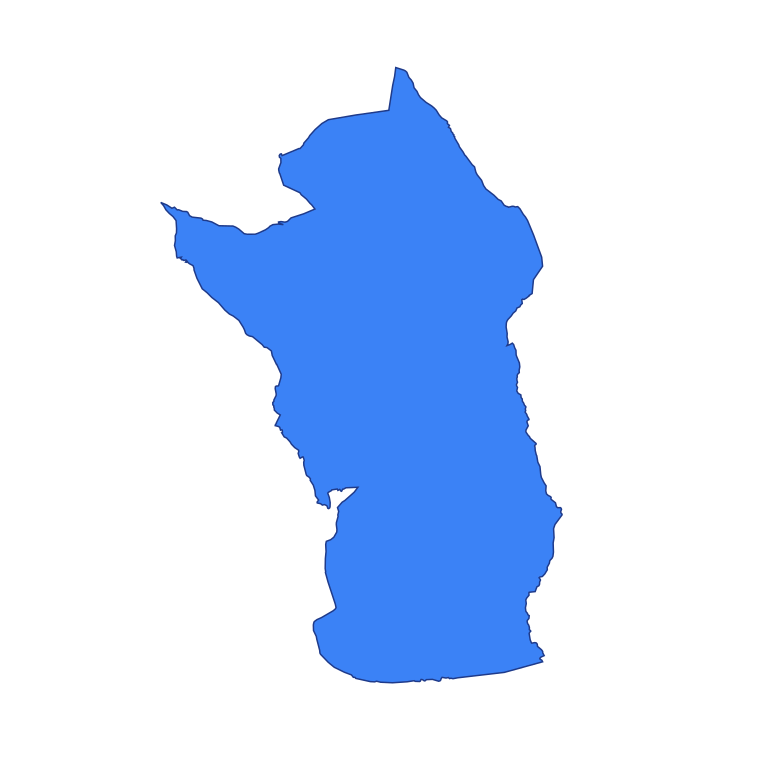 outline of Roesti, Vâlcea, Romania, rotated 348°
{"feature_id": "2599482B88399250652350", "entity_name": "Roesti", "entity_type": "district", "adm_level": 2, "iso_a3": "ROU", "parent_name": "Romania", "parent_adm1": "Vâlcea", "projection": "albers", "projection_center": [24.073, 44.917], "detail": "fine", "context": "isolated", "style": "filled", "palette": "blue", "viewbox_px": 768, "rotation_deg": 348, "n_neighbors": 0, "source": "geoboundaries", "source_scale": "gbopen_adm2", "svg_char_len": 6162}
<svg xmlns="http://www.w3.org/2000/svg" viewBox="0 0 768 768"><g transform="rotate(348 384 384)"><path d="M481.4,688.7L481.0,687.1L479.2,685.2L479.7,684.4L481.0,683.7L484.2,683.0L483.4,680.1L483.6,678.5L482.8,676.7L479.6,672.6L479.8,670.3L479.2,669.0L477.8,668.3L474.7,668.2L474.4,667.9L473.8,664.6L474.1,658.2L474.8,657.2L476.1,656.4L476.1,655.8L475.1,654.5L475.6,652.3L475.4,649.9L474.7,648.3L474.6,646.2L475.0,645.1L477.0,643.5L477.9,640.8L476.8,639.6L476.6,638.1L475.5,635.9L475.8,632.3L477.5,628.4L477.8,624.7L479.1,623.0L481.9,620.8L482.3,618.5L482.7,617.9L488.7,618.5L491.4,614.2L493.6,613.5L494.5,612.2L495.1,609.9L496.2,608.5L496.3,607.8L495.4,605.8L496.3,605.2L498.9,605.2L501.8,603.2L505.1,599.7L505.5,597.2L508.4,593.8L509.5,591.2L512.1,589.4L513.4,587.7L514.8,583.7L516.4,574.7L518.4,569.7L519.8,560.8L522.0,557.0L530.9,549.1L531.1,548.3L530.3,547.0L530.3,545.7L531.6,543.4L531.3,542.1L530.8,541.6L528.2,541.1L527.2,539.9L527.0,535.8L523.6,531.7L523.4,531.1L523.9,529.6L523.5,528.8L521.4,527.1L520.1,525.3L520.0,522.2L521.4,517.3L520.1,514.0L518.5,508.1L518.5,505.1L519.4,497.2L518.2,492.4L518.5,485.9L518.2,484.8L518.1,480.6L518.6,476.9L518.4,476.0L518.9,475.2L520.1,474.7L520.4,473.8L515.8,467.6L515.3,465.6L514.4,464.3L513.0,460.9L512.9,459.7L513.5,458.3L516.4,454.9L515.9,450.9L516.1,450.3L516.9,449.4L518.4,449.0L518.5,448.5L517.4,444.9L517.3,443.4L516.2,440.8L517.1,439.4L517.0,437.8L517.9,436.3L518.0,435.5L517.0,434.0L516.6,431.5L515.8,429.7L516.1,427.3L515.3,425.8L515.6,423.1L513.3,421.0L512.4,418.4L513.9,415.1L513.3,413.4L513.5,411.9L515.0,410.0L514.8,408.3L515.1,406.0L515.9,404.8L516.0,403.4L516.8,402.2L518.7,401.0L519.0,398.8L520.4,395.5L520.8,391.5L519.5,384.7L519.3,383.0L520.1,378.4L519.4,376.0L519.0,372.3L518.0,370.7L515.4,371.6L512.3,372.0L513.5,370.6L514.2,368.5L514.1,363.6L515.0,360.2L515.3,353.7L516.3,350.0L517.0,348.5L518.6,346.7L522.6,343.9L525.0,341.6L528.1,339.9L529.9,337.3L532.9,336.7L534.1,335.2L536.0,334.0L536.3,330.2L537.2,329.8L538.5,330.4L541.0,329.6L544.5,327.9L544.4,327.5L547.7,326.3L551.9,313.0L563.6,301.8L564.6,292.7L561.3,269.4L558.4,253.9L557.1,250.1L555.5,247.0L553.4,240.9L551.7,238.3L549.1,238.1L547.9,237.2L546.2,236.8L542.4,237.0L542.0,236.3L540.6,235.7L538.7,234.1L536.7,229.3L534.0,227.1L530.8,222.2L524.2,214.4L522.7,210.6L521.8,205.1L518.7,198.8L517.9,196.0L517.7,190.4L515.8,187.8L511.5,178.2L510.6,176.9L509.6,173.5L507.1,167.8L506.8,165.5L504.4,158.4L504.3,157.6L504.6,156.9L503.8,155.9L504.2,154.9L503.4,153.8L503.4,152.8L502.3,151.0L502.1,147.9L500.4,146.3L501.8,144.6L500.1,142.5L500.6,140.8L500.1,139.7L495.8,135.7L493.9,132.3L492.0,127.0L490.3,124.3L488.4,121.9L483.7,117.3L479.2,111.4L477.9,108.3L477.1,104.6L475.0,100.5L475.0,95.7L473.9,92.4L472.1,89.3L471.2,83.9L470.1,82.3L468.7,81.1L461.3,76.9L458.3,85.4L454.6,93.7L445.6,117.3L412.2,115.0L384.5,113.9L377.4,116.3L369.5,120.8L363.1,125.5L361.3,127.5L355.8,131.6L354.8,133.4L350.9,136.2L349.7,136.0L331.8,139.4L331.5,137.6L330.4,137.5L329.5,138.2L329.0,138.8L328.9,140.5L330.0,141.8L329.2,146.0L325.7,151.6L325.5,152.8L325.5,155.8L325.8,156.4L327.2,168.7L341.5,179.4L342.4,181.7L346.6,187.0L349.2,191.9L350.5,193.7L352.8,198.5L341.0,200.8L327.6,202.2L323.4,204.9L320.8,205.1L317.0,203.7L314.5,203.6L314.4,204.5L318.7,207.2L313.8,205.6L308.5,205.0L305.1,206.0L303.8,207.0L300.2,208.5L292.3,210.3L289.2,210.7L281.4,209.1L278.5,207.9L274.2,202.3L271.6,199.8L269.1,198.1L255.5,194.9L249.3,189.7L244.2,187.1L241.1,186.2L240.8,184.9L239.5,183.7L231.1,180.9L228.8,178.9L227.8,175.3L226.8,174.3L223.0,173.3L219.4,170.9L217.9,170.7L215.8,167.5L213.1,168.0L208.8,163.7L203.4,160.0L205.5,163.8L206.9,168.3L209.5,172.6L212.4,176.3L214.6,180.9L213.4,189.0L212.4,193.1L210.6,195.7L209.7,200.5L207.9,204.9L208.3,211.5L207.7,215.9L207.9,217.7L212.1,217.8L211.0,218.9L211.5,219.3L211.8,220.3L212.4,220.7L213.0,220.5L213.8,221.5L216.1,221.5L216.4,222.4L215.2,223.5L216.0,223.9L217.2,223.4L217.2,224.0L218.7,225.9L221.8,228.5L222.2,231.3L221.9,233.0L223.0,241.6L226.0,253.1L229.9,257.9L233.6,263.6L239.0,270.0L243.7,278.6L247.3,283.4L250.7,286.2L255.3,291.6L258.0,299.0L258.7,301.7L259.2,305.6L260.1,307.2L262.2,309.0L265.2,310.3L273.0,320.1L274.5,323.1L277.1,324.0L280.7,328.2L280.6,332.9L282.9,342.5L283.2,342.5L285.5,353.1L284.4,356.5L280.7,363.4L280.1,363.9L278.1,363.6L277.2,364.1L276.6,366.0L276.5,371.2L276.1,372.8L273.0,376.7L272.6,378.2L271.4,378.9L271.0,380.8L271.0,381.4L271.6,382.3L271.4,383.9L271.6,385.3L271.3,386.7L273.5,390.2L276.1,392.7L270.5,399.8L270.5,400.4L269.5,400.9L268.9,402.1L271.9,403.6L273.0,404.7L273.2,407.6L274.6,407.5L274.9,408.4L274.5,410.5L273.8,410.5L275.4,415.0L277.5,416.6L280.0,420.9L281.0,423.7L283.4,427.6L286.7,431.0L286.6,432.2L285.6,434.1L286.0,437.9L286.5,439.2L289.0,438.4L289.6,438.4L289.8,438.9L290.1,442.1L289.2,443.8L288.7,446.9L289.1,456.3L289.4,457.5L291.3,459.5L292.3,461.4L291.8,462.9L293.8,468.2L294.3,473.7L293.7,479.2L295.9,483.9L294.0,485.6L294.0,486.5L297.1,487.9L298.5,489.6L300.7,489.6L301.9,490.4L302.9,491.4L303.2,493.9L304.0,494.4L305.1,493.9L305.7,492.9L306.7,488.8L306.9,483.5L306.3,479.1L307.0,478.4L310.5,477.3L310.9,476.7L316.4,477.0L316.8,478.5L318.8,477.9L319.5,479.7L320.2,480.1L321.7,478.3L322.7,478.4L325.2,477.6L337.0,479.6L332.4,483.6L321.5,489.8L318.5,490.9L312.8,495.2L313.2,499.2L311.6,502.5L311.6,503.9L308.6,509.7L308.1,511.7L307.7,516.6L307.0,519.0L303.1,523.4L299.5,525.2L294.9,525.9L294.4,526.9L293.6,528.9L292.5,535.8L290.4,542.4L288.1,552.3L287.9,555.5L287.5,556.2L288.1,566.1L290.6,589.2L290.6,592.8L289.5,594.0L287.0,595.3L274.2,599.5L269.5,600.5L266.4,601.9L265.6,603.1L264.8,605.0L263.8,610.5L265.3,616.8L265.2,619.7L265.7,631.1L265.4,633.9L265.8,635.3L271.7,644.8L276.5,650.8L285.3,657.7L291.7,661.8L293.0,664.5L294.6,664.9L295.2,666.1L308.8,672.3L313.0,673.4L315.0,673.2L318.7,675.0L330.2,678.0L344.8,680.1L351.8,680.5L352.6,681.3L356.9,682.4L357.7,682.2L358.8,680.7L359.3,680.8L360.2,681.2L361.6,682.7L362.4,682.9L364.0,682.0L370.0,683.0L375.7,686.1L377.1,686.0L377.9,685.4L378.6,684.1L379.8,683.0L383.5,684.5L385.9,684.5L386.9,685.8L388.3,685.7L390.2,686.6L395.0,686.7L441.7,691.1L481.4,688.7Z" fill="#3b82f6" stroke="#1e3a8a" stroke-width="1.5"/></g></svg>